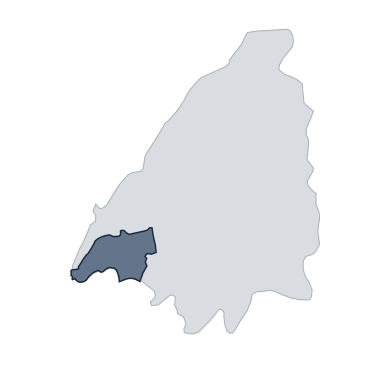 Trebinje highlighted on a map of Bosnia and Herzegovina, rotated 79°
{"feature_id": "BIH-4808", "entity_name": "Trebinje", "entity_type": "state/province", "adm_level": 1, "iso_a3": "BIH", "parent_name": "Bosnia and Herzegovina", "parent_adm1": "", "projection": "equal_earth", "projection_center": [18.312, 43.002], "detail": "fine", "context": "in_parent", "style": "filled", "palette": "slate", "viewbox_px": 384, "rotation_deg": 79, "n_neighbors": 0, "source": "natural_earth", "source_scale": "10m", "svg_char_len": 3103}
<svg xmlns="http://www.w3.org/2000/svg" viewBox="0 0 384 384"><g transform="rotate(79 192 192)"><path d="M319.6,96.1L320.2,98.3L318.5,105.9L315.4,114.2L310.2,122.8L304.8,130.9L303.4,135.2L303.0,142.0L302.4,147.4L303.1,150.3L304.9,153.0L311.0,155.2L319.2,160.6L326.2,167.7L335.1,175.7L337.9,178.7L337.9,181.9L335.4,184.2L327.7,185.1L319.8,184.4L316.8,183.6L313.9,184.6L312.2,186.4L313.1,188.6L321.3,198.4L330.9,212.4L331.4,218.4L330.3,223.1L328.1,226.4L324.2,225.9L321.2,223.3L316.6,223.5L313.1,224.2L308.5,229.3L306.2,229.1L302.3,229.9L299.8,230.8L295.8,229.4L291.7,228.4L289.9,230.0L289.1,232.9L291.7,238.3L296.5,246.8L295.8,253.3L292.1,254.0L288.7,248.6L285.8,247.7L282.3,247.9L274.6,254.2L268.8,259.4L267.5,263.1L265.5,267.1L264.9,270.0L265.0,279.7L254.6,281.3L252.5,282.7L251.2,285.7L252.1,298.1L252.9,304.8L258.9,315.1L259.1,318.4L258.3,320.6L254.0,324.7L252.0,326.1L250.7,326.6L243.8,323.9L240.5,322.6L226.7,313.5L220.6,308.4L210.9,301.8L205.0,298.0L202.0,292.3L197.2,291.0L191.7,292.8L185.4,288.7L189.8,286.5L190.9,284.5L190.4,281.8L188.4,278.2L171.5,262.6L163.1,252.0L161.8,248.2L161.8,238.0L159.8,235.6L147.3,231.0L133.5,217.8L119.2,204.9L117.3,201.3L109.9,191.6L101.0,182.7L93.9,177.1L88.0,170.6L81.6,161.7L78.4,148.2L75.5,136.1L73.5,131.5L69.4,129.9L56.8,115.6L46.1,107.4L46.3,98.5L48.3,83.7L50.5,66.9L53.2,64.5L58.1,63.3L63.8,63.8L68.7,65.8L78.3,77.3L83.8,81.8L88.5,83.5L94.0,78.7L100.8,68.5L106.6,63.2L126.3,65.1L136.0,57.3L151.5,67.6L157.9,69.1L161.6,67.7L166.5,68.3L177.4,71.3L180.0,72.6L183.3,72.4L191.4,68.4L194.1,68.9L203.4,76.7L208.0,76.8L213.7,73.4L217.3,70.5L227.9,72.7L234.0,71.4L239.1,71.2L244.6,72.6L249.6,74.4L254.4,76.0L267.6,76.8L273.9,81.8L276.5,86.6L276.5,89.6L277.2,92.8L280.8,95.9L288.7,97.6L293.7,97.2L296.4,97.0L303.1,94.3L311.1,92.8L316.8,94.5L319.6,96.1Z" fill="#d9dde1" stroke="#a8b0b8" stroke-width="1"/><path d="M250.8,326.7L249.5,326.2L246.7,325.9L245.6,325.2L245.9,320.5L245.8,318.2L243.7,317.7L241.5,315.5L237.8,312.1L233.7,307.9L233.4,307.3L232.7,305.9L230.5,303.8L228.8,302.2L224.0,298.0L221.7,296.5L221.7,296.4L220.2,294.0L219.0,290.3L218.3,286.0L218.3,285.8L218.3,284.9L218.4,281.3L219.2,279.7L219.9,278.9L220.5,278.3L221.2,275.4L221.3,273.8L221.5,271.6L220.3,270.5L218.7,269.9L218.3,269.8L218.0,269.7L216.5,269.6L216.3,268.5L216.5,266.9L217.8,265.2L219.5,264.3L220.7,262.9L221.6,261.8L221.4,252.7L221.2,246.3L220.9,243.1L219.0,240.2L219.2,239.5L219.6,238.1L224.8,238.4L230.3,238.4L236.9,238.1L244.5,238.8L245.2,243.5L243.9,248.0L246.1,250.4L248.6,249.2L251.7,251.2L256.0,250.4L262.2,255.7L265.7,257.7L268.1,259.2L269.9,260.1L266.6,264.5L265.4,267.0L264.8,270.0L264.8,270.3L264.8,272.9L266.2,280.5L263.1,280.1L258.5,280.1L254.2,281.0L251.9,283.2L250.4,287.1L250.5,288.8L251.2,290.8L253.1,294.3L253.5,296.3L252.9,297.2L252.0,298.0L251.2,299.1L251.3,300.8L252.0,303.2L253.0,305.6L255.7,309.8L257.3,311.4L258.6,313.0L259.4,315.8L259.4,318.7L258.9,319.9L258.5,320.7L256.9,322.3L256.1,322.7L254.5,323.6L255.1,324.6L255.3,325.5L255.0,326.1L254.2,326.2L253.3,325.7L252.4,325.6L251.5,326.0L250.8,326.7Z" fill="#64748b" stroke="#1e293b" stroke-width="1.5"/></g></svg>